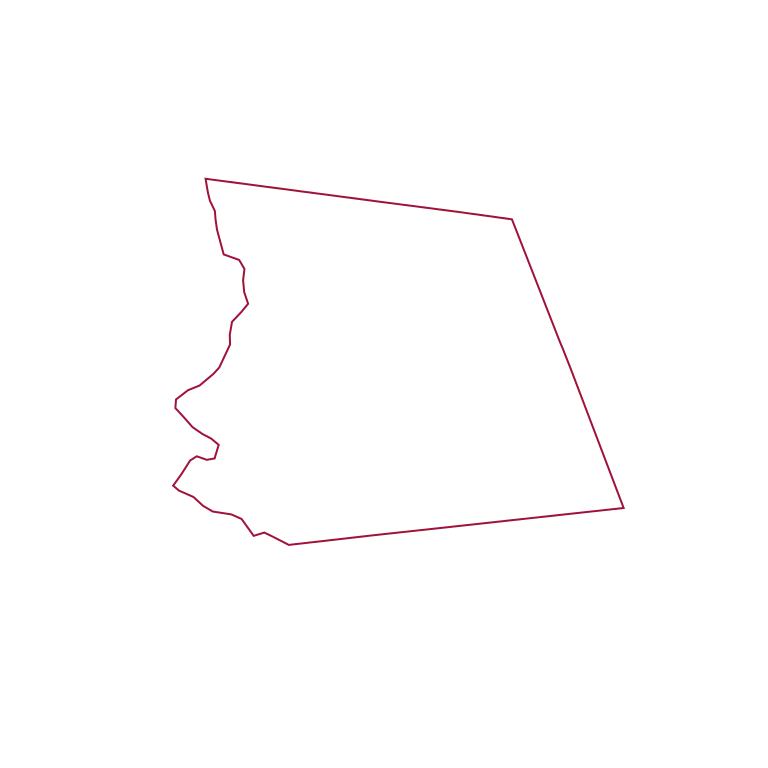 the district of Sítio Novo, Rio Grande do Norte, Brazil, rotated 37°
{"feature_id": "56859067B95659926352869", "entity_name": "Sítio Novo", "entity_type": "district", "adm_level": 2, "iso_a3": "BRA", "parent_name": "Brazil", "parent_adm1": "Rio Grande do Norte", "projection": "albers", "projection_center": [-35.966, -6.091], "detail": "fine", "context": "isolated", "style": "outline", "palette": "rose", "viewbox_px": 768, "rotation_deg": 37, "n_neighbors": 0, "source": "geoboundaries", "source_scale": "gbopen_adm2", "svg_char_len": 789}
<svg xmlns="http://www.w3.org/2000/svg" viewBox="0 0 768 768"><g transform="rotate(37 384 384)"><path d="M118.0,327.5L128.3,337.2L134.7,342.4L144.8,347.6L150.0,353.5L157.7,361.2L178.0,377.0L193.7,372.1L203.3,376.1L209.0,385.9L217.1,394.8L227.2,401.7L226.7,412.6L225.2,425.8L231.2,437.5L237.3,445.1L242.5,469.9L241.7,478.5L237.6,496.3L231.2,506.9L227.2,521.5L231.9,528.8L243.0,530.8L257.1,533.7L269.1,533.2L278.8,531.6L288.6,532.1L293.5,545.4L288.1,551.2L278.0,554.4L275.2,561.7L276.5,578.5L276.8,592.1L284.5,592.5L299.9,588.9L312.8,590.2L324.0,588.9L340.6,580.0L351.5,577.5L371.3,583.7L377.8,574.7L385.8,573.1L404.8,569.8L463.8,513.8L650.0,338.8L524.3,259.7L505.7,248.3L499.3,244.6L387.1,175.5L339.7,201.9L276.0,238.1L118.0,327.5Z" fill="none" stroke="#9f1239" stroke-width="2"/></g></svg>